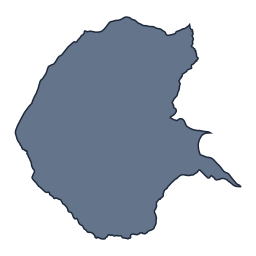 outline of Miraflores, Boyacá, Colombia, rotated 180°
{"feature_id": "7082276B88451081868443", "entity_name": "Miraflores", "entity_type": "district", "adm_level": 2, "iso_a3": "COL", "parent_name": "Colombia", "parent_adm1": "Boyacá", "projection": "natural_earth1", "projection_center": [-73.201, 5.152], "detail": "fine", "context": "isolated", "style": "filled", "palette": "slate", "viewbox_px": 256, "rotation_deg": 180, "n_neighbors": 0, "source": "geoboundaries", "source_scale": "gbopen_adm2", "svg_char_len": 5685}
<svg xmlns="http://www.w3.org/2000/svg" viewBox="0 0 256 256"><g transform="rotate(180 128 128)"><path d="M66.4,231.4L67.3,230.2L70.9,227.6L71.4,227.4L73.4,227.1L74.6,226.3L76.0,225.7L79.6,224.4L80.0,223.9L80.6,222.7L81.0,222.4L82.5,221.8L87.1,220.7L88.4,220.7L89.3,221.0L89.7,221.4L90.1,222.0L90.6,223.5L91.0,223.9L91.9,224.6L92.9,225.0L94.3,226.2L95.4,226.9L96.7,227.3L98.1,227.4L99.8,227.9L101.7,228.9L103.0,229.4L106.3,229.5L110.5,230.4L111.8,230.3L112.6,230.4L115.1,231.8L117.1,232.6L117.8,233.0L118.9,233.8L120.7,235.6L121.1,235.6L122.2,236.2L124.1,236.6L125.6,237.9L126.8,238.5L129.7,239.0L131.3,238.7L134.6,236.8L135.8,236.2L138.0,235.7L140.2,235.6L142.4,235.0L143.3,234.7L145.0,234.4L146.1,233.9L146.8,233.3L150.2,228.7L152.3,226.4L153.8,225.1L155.9,224.2L157.6,223.9L160.2,223.8L165.7,224.9L166.4,224.8L167.2,224.5L169.3,224.3L170.2,224.9L171.0,225.1L171.3,225.0L171.6,224.6L171.8,223.0L172.3,222.1L173.1,221.2L174.5,220.5L175.6,218.7L177.9,216.2L179.6,213.8L180.2,213.8L181.8,214.2L182.7,213.7L187.9,209.1L194.2,201.1L197.0,199.5L198.2,198.0L200.3,194.5L201.7,192.5L202.6,191.8L204.6,191.1L205.6,190.5L206.9,189.9L207.7,189.1L208.4,187.4L209.6,183.5L210.2,182.3L213.2,177.6L214.3,176.5L214.8,176.2L215.8,174.8L216.1,173.9L217.9,167.4L218.4,166.0L218.8,165.3L219.4,163.4L222.3,157.8L223.6,154.5L224.3,152.5L226.8,149.9L230.9,144.4L232.2,142.3L234.9,137.3L238.4,130.5L240.2,125.9L240.6,124.0L240.6,122.9L240.1,121.1L239.3,118.4L238.9,116.8L237.4,113.9L236.4,112.8L235.9,111.4L234.6,109.7L234.2,108.3L233.7,107.8L233.7,107.3L232.9,106.5L231.7,106.4L231.0,105.5L230.2,105.5L230.0,104.9L229.8,104.8L229.3,105.0L228.9,104.7L228.9,103.4L229.2,102.3L228.5,101.8L228.0,100.7L227.6,99.2L226.7,97.9L226.0,96.0L224.8,93.6L224.3,90.1L223.2,87.5L221.7,85.8L221.6,84.5L221.7,83.8L222.7,81.7L223.9,78.9L223.9,78.0L222.7,76.1L221.9,75.4L221.4,74.7L219.4,72.7L218.6,71.3L217.3,69.7L215.9,68.8L210.8,64.1L209.3,63.6L207.2,63.8L206.8,63.6L206.4,62.0L206.2,61.4L203.6,59.7L202.9,59.0L202.0,57.6L201.3,57.5L200.7,57.8L200.1,57.8L198.6,57.7L197.5,56.8L195.7,56.4L195.3,56.2L193.1,52.2L191.5,51.3L189.3,48.8L188.3,46.9L188.0,45.2L187.4,44.3L184.8,43.4L184.5,43.1L183.4,41.2L182.8,39.3L181.6,37.4L180.9,37.1L179.3,37.5L178.8,37.1L177.9,35.5L177.6,34.1L177.2,33.1L176.2,31.8L175.3,31.1L174.0,30.5L173.5,30.1L173.1,29.6L172.4,28.0L171.8,27.1L171.1,26.7L170.1,26.0L169.8,25.5L168.3,23.9L167.5,23.7L165.2,23.6L164.1,23.0L163.4,22.9L162.6,21.9L161.5,20.9L161.2,20.2L160.8,18.6L160.5,18.3L159.3,17.9L159.0,18.7L158.6,18.9L154.8,17.2L152.6,17.0L151.4,17.1L150.8,17.4L150.4,18.2L150.2,18.5L149.2,19.0L148.8,19.3L148.3,20.4L147.8,20.7L147.6,21.2L147.1,21.4L145.5,20.6L144.0,21.0L141.7,20.0L140.9,20.0L139.3,20.7L137.9,20.0L135.9,20.3L135.2,20.2L134.8,20.0L134.1,19.3L133.8,18.5L133.5,18.2L131.8,18.1L131.1,17.8L129.5,17.7L128.0,17.1L127.7,17.3L127.5,17.7L126.7,17.9L126.1,17.8L125.6,18.1L125.3,18.8L125.6,20.2L125.3,21.1L123.7,21.9L122.5,22.1L122.0,21.7L118.7,21.3L118.2,21.5L117.8,22.0L116.8,22.2L116.1,23.0L115.4,22.9L114.5,23.3L113.9,23.2L113.5,22.6L111.0,22.2L109.0,23.4L107.8,24.9L107.0,25.3L106.1,25.4L103.4,26.6L102.2,27.5L101.7,28.9L100.5,31.2L99.9,33.3L100.0,34.8L99.9,36.0L99.7,36.7L99.6,38.3L100.5,41.6L101.5,43.6L101.6,44.5L101.5,45.6L100.5,46.8L99.6,49.1L99.4,49.8L99.4,50.2L99.6,51.4L99.6,53.4L99.5,53.6L98.7,54.5L97.7,55.9L97.0,56.7L95.9,56.7L95.7,56.9L95.6,57.6L94.8,58.1L94.2,58.4L93.0,59.7L92.8,60.1L92.6,62.8L91.7,65.4L91.0,66.3L89.6,67.2L89.0,67.7L87.7,70.0L86.8,70.7L84.5,73.3L81.4,76.1L80.7,76.9L79.1,77.5L78.6,78.2L77.0,79.7L75.0,80.9L73.8,81.2L71.7,81.2L70.9,80.9L68.4,80.5L66.5,80.5L65.3,80.9L63.3,81.0L62.3,81.4L60.6,82.7L59.2,83.4L58.5,84.2L58.0,85.0L57.3,85.7L56.7,86.1L56.3,86.1L50.0,79.8L48.0,78.0L47.0,78.1L46.4,78.3L45.5,79.8L44.5,80.4L43.9,79.7L41.9,78.3L41.0,76.8L40.0,76.2L39.3,76.1L38.8,76.3L36.4,76.6L34.7,77.4L33.3,77.6L31.5,77.3L29.9,76.6L28.6,75.8L26.7,74.1L25.8,73.6L23.0,71.2L21.4,70.2L20.4,69.8L19.0,69.5L16.6,69.4L15.8,69.2L15.4,69.4L16.3,70.6L18.9,71.9L19.5,72.4L23.7,77.3L27.4,82.1L28.5,82.8L30.5,83.6L32.1,84.6L33.6,86.3L34.9,88.2L37.1,90.8L38.4,91.9L42.6,96.5L44.0,97.5L45.6,98.3L47.8,98.7L48.9,98.7L54.7,100.9L56.0,101.7L57.3,105.9L57.7,109.1L57.8,110.7L57.6,112.9L56.9,115.4L56.5,116.6L54.6,120.0L53.3,121.4L51.3,122.5L49.4,122.9L45.5,123.1L47.1,124.0L47.7,124.1L51.9,124.6L56.6,125.5L58.9,125.5L62.5,126.2L65.8,127.6L68.7,129.3L69.4,129.9L70.3,131.5L71.7,134.9L72.8,136.3L73.7,137.0L75.1,137.3L76.3,137.2L77.3,136.7L78.7,135.6L79.3,135.5L81.9,136.2L83.0,136.7L85.7,138.3L85.7,138.6L84.7,139.6L82.6,140.8L81.7,141.7L80.8,142.7L79.7,144.6L79.8,144.9L79.8,146.1L80.3,147.1L82.3,148.4L82.4,149.0L82.4,150.4L82.6,151.1L83.7,153.1L83.8,153.5L83.3,154.5L82.9,155.1L82.4,156.4L82.2,156.5L81.8,157.3L81.3,157.7L80.4,158.9L79.3,159.9L79.0,160.4L78.5,161.9L78.2,163.7L77.2,165.5L76.7,167.4L76.5,169.9L75.8,172.2L76.0,172.8L77.0,174.6L77.0,175.3L76.2,176.2L75.7,177.7L75.0,178.0L74.8,178.2L74.8,179.0L74.0,179.4L73.9,179.7L73.6,181.8L73.3,182.1L71.8,182.9L70.2,184.0L69.5,184.6L69.0,185.4L68.5,186.0L67.0,186.8L64.5,187.7L64.4,188.4L64.7,189.7L64.4,191.1L64.0,191.5L63.2,191.6L62.4,192.3L61.1,193.5L60.7,194.5L60.4,194.9L59.8,194.8L59.3,195.0L59.3,195.9L58.4,196.6L57.9,197.4L57.9,197.8L58.3,198.4L59.0,198.9L59.4,199.5L59.6,202.3L60.3,203.6L60.1,204.9L60.5,205.3L60.9,205.2L61.1,205.5L61.1,206.6L61.2,206.9L61.5,207.2L62.2,207.5L62.9,208.5L64.2,209.2L64.5,209.8L64.3,210.5L63.5,211.7L63.2,212.7L63.6,214.9L62.9,215.8L62.7,216.3L62.7,217.3L63.8,220.1L63.9,220.7L63.1,221.4L62.9,221.9L63.4,222.9L63.1,223.6L63.1,223.9L63.2,224.2L63.9,224.6L63.6,225.3L63.5,225.9L64.1,226.5L65.5,227.0L65.7,227.3L66.4,231.4Z" fill="#64748b" stroke="#1e293b" stroke-width="1.5"/></g></svg>